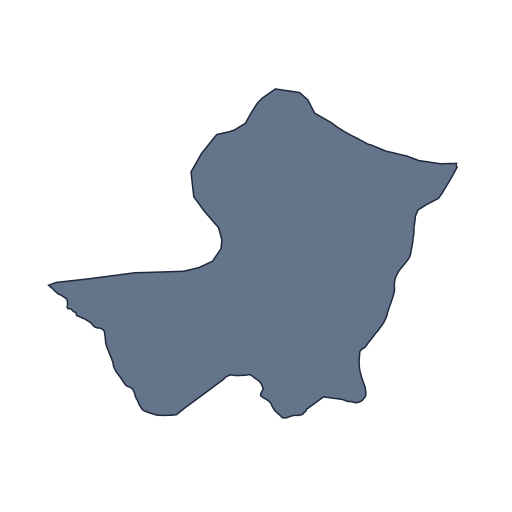 outline of Shibam Kawkaban, Al Mahwit, Yemen, rotated 84°
{"feature_id": "15242507B12742486691999", "entity_name": "Shibam Kawkaban", "entity_type": "district", "adm_level": 2, "iso_a3": "YEM", "parent_name": "Yemen", "parent_adm1": "Al Mahwit", "projection": "mercator", "projection_center": [43.874, 15.476], "detail": "fine", "context": "isolated", "style": "filled", "palette": "slate", "viewbox_px": 512, "rotation_deg": 84, "n_neighbors": 0, "source": "geoboundaries", "source_scale": "gbopen_adm2", "svg_char_len": 4120}
<svg xmlns="http://www.w3.org/2000/svg" viewBox="0 0 512 512"><g transform="rotate(84 256 256)"><path d="M409.7,164.3L409.5,164.2L407.7,162.4L407.0,161.8L406.1,161.5L404.0,161.0L398.0,161.1L393.2,162.4L388.9,163.3L388.4,163.5L381.6,164.6L377.7,164.9L377.1,164.8L375.0,164.7L372.7,164.6L370.5,164.3L368.5,164.0L366.4,163.5L364.2,163.1L362.1,162.9L360.4,161.3L359.2,159.5L358.5,157.5L357.0,156.0L355.4,154.6L353.8,153.2L352.2,151.5L350.5,149.9L349.0,148.6L347.5,147.0L345.5,145.2L343.0,142.4L340.5,140.3L338.8,138.7L337.1,137.2L335.4,135.8L333.9,134.9L333.6,134.7L331.4,133.3L328.6,132.0L326.4,131.2L324.5,130.4L321.5,129.1L319.2,128.0L317.4,127.0L315.5,126.2L313.5,125.3L311.2,124.2L308.6,123.1L306.1,122.3L304.0,121.7L301.8,121.6L299.5,121.5L297.2,121.1L295.1,120.6L292.7,119.8L290.4,118.5L288.6,117.4L286.7,116.1L285.1,114.8L283.4,113.1L281.9,111.5L280.3,110.0L278.9,108.5L277.2,106.9L275.4,105.2L273.5,103.6L271.7,102.7L269.4,101.8L267.3,101.3L264.6,100.5L263.6,100.1L262.1,99.7L259.7,98.9L257.4,98.4L254.4,97.9L252.3,97.3L250.3,96.6L248.3,96.4L246.1,96.1L243.4,95.8L241.5,95.2L239.3,94.7L236.9,94.1L234.4,93.6L233.3,93.4L227.2,90.1L222.5,80.7L222.3,80.0L219.6,73.3L217.8,68.6L213.1,64.4L209.2,61.5L198.2,53.2L188.7,46.7L187.8,47.2L185.4,47.3L184.9,46.9L183.5,63.2L178.0,84.4L172.3,95.6L170.3,101.7L167.4,109.5L165.4,115.6L157.7,129.8L156.4,133.2L151.8,139.8L150.1,142.3L144.8,150.5L141.4,155.2L136.1,162.0L131.1,167.4L120.1,182.7L106.0,188.2L98.7,195.0L98.0,195.6L96.9,199.7L91.9,219.3L99.6,233.2L104.3,238.8L113.6,246.2L122.9,252.7L128.6,264.8L129.6,269.5L131.1,282.4L148.2,299.4L165.6,311.8L173.1,311.8L189.1,311.7L190.5,311.7L195.4,308.9L205.8,302.9L215.0,296.5L224.0,290.2L226.2,289.9L227.1,289.8L227.1,289.7L227.3,289.7L229.8,289.3L236.5,288.2L245.1,290.1L256.7,299.8L261.6,314.2L263.6,329.7L261.8,354.8L260.7,369.4L260.7,369.5L260.0,378.0L261.2,423.4L261.4,457.3L261.5,457.7L263.4,465.3L265.2,463.7L266.9,462.0L269.4,459.9L271.0,458.6L272.6,457.1L273.8,455.5L274.7,453.6L276.1,452.3L277.6,449.8L277.9,450.0L279.4,448.5L281.6,448.4L284.4,448.3L286.4,449.0L287.5,449.2L288.7,448.5L289.4,445.2L291.3,444.1L292.6,442.8L292.9,441.8L293.5,441.2L295.0,440.7L296.4,440.7L298.0,437.7L298.8,436.2L299.5,435.6L300.0,434.1L301.2,432.3L302.6,430.5L304.2,428.4L305.6,426.9L308.0,425.3L309.6,424.0L311.0,421.2L311.3,419.0L312.3,417.1L313.9,415.2L315.8,414.6L317.7,414.6L320.2,414.5L322.2,414.5L324.0,414.5L326.1,414.6L328.2,414.4L330.3,414.0L332.1,413.6L334.5,412.8L336.3,412.3L336.8,412.2L338.1,411.9L340.1,411.2L342.6,410.5L344.7,410.0L346.4,409.5L348.5,409.3L350.3,409.3L352.2,408.8L352.7,408.6L354.4,408.0L356.3,407.3L358.7,405.8L360.3,404.9L362.0,403.9L363.8,402.9L364.3,402.7L366.2,401.7L367.7,400.8L369.5,399.9L371.0,398.9L372.4,397.3L373.1,395.4L374.2,393.9L375.5,392.6L377.4,391.9L379.2,391.3L381.0,390.9L383.0,390.7L385.1,390.0L386.7,389.2L388.5,388.7L389.3,388.4L390.7,387.9L392.6,387.3L394.4,386.3L396.2,385.5L397.6,384.4L398.9,382.3L399.8,380.6L401.0,378.1L401.7,376.4L402.5,374.6L403.5,372.2L404.1,370.5L404.4,368.4L404.6,366.4L404.9,364.3L405.1,362.0L405.2,359.8L405.4,357.9L405.5,356.0L405.5,354.0L405.5,352.2L405.5,351.6L403.6,348.7L399.7,342.7L394.3,333.5L391.6,328.9L390.4,326.8L390.2,326.5L385.1,317.8L375.8,302.1L374.7,300.5L373.3,298.9L372.5,297.0L371.9,295.1L371.6,293.1L372.4,290.4L372.8,288.2L373.1,286.0L373.1,284.2L373.4,281.5L373.4,279.5L373.4,277.6L373.2,275.5L373.9,273.5L375.7,271.4L377.6,269.8L378.7,268.2L379.9,266.9L380.9,265.9L381.2,265.6L383.3,264.4L385.0,263.7L387.1,263.2L388.9,262.8L389.0,262.7L391.3,264.3L393.3,265.6L393.5,265.4L395.3,266.1L397.7,263.5L401.1,258.9L404.1,256.6L406.1,256.0L407.9,255.4L410.0,254.3L411.9,253.2L413.8,251.7L415.5,250.1L416.8,248.9L418.3,247.7L419.4,246.8L419.7,246.6L420.1,244.1L420.0,242.3L419.4,239.8L418.9,237.6L418.5,234.9L418.7,232.8L418.8,231.6L418.9,230.6L418.8,229.1L418.8,227.9L418.3,226.1L416.8,224.9L416.1,223.2L413.5,221.5L412.4,219.4L403.2,203.6L406.8,188.7L408.0,184.4L410.1,180.5L410.9,176.0L411.3,175.1L412.5,171.7L412.3,170.9L412.3,170.6L412.1,168.7L411.2,166.2L409.7,164.3Z" fill="#64748b" stroke="#1e293b" stroke-width="1.5"/></g></svg>